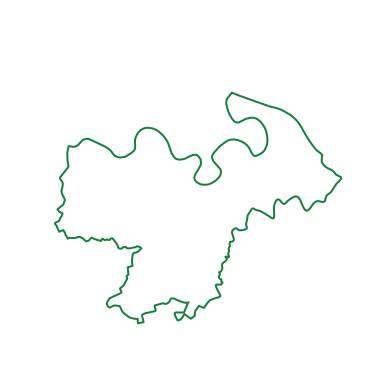 Chau Thanh, Long An, Vietnam (Mercator projection), rotated 327°
{"feature_id": "81297802B81408558281677", "entity_name": "Chau Thanh", "entity_type": "district", "adm_level": 2, "iso_a3": "VNM", "parent_name": "Vietnam", "parent_adm1": "Long An", "projection": "mercator", "projection_center": [106.49, 10.464], "detail": "fine", "context": "isolated", "style": "outline", "palette": "green", "viewbox_px": 384, "rotation_deg": 327, "n_neighbors": 0, "source": "geoboundaries", "source_scale": "gbopen_adm2", "svg_char_len": 6028}
<svg xmlns="http://www.w3.org/2000/svg" viewBox="0 0 384 384"><g transform="rotate(327 192 192)"><path d="M279.5,130.4L272.5,132.8L270.8,134.0L269.2,135.9L267.2,140.8L266.2,144.9L265.6,148.9L265.5,152.7L265.9,155.6L266.4,156.9L267.8,158.4L269.0,159.1L277.4,160.1L281.1,161.4L283.5,162.8L285.6,165.0L286.6,166.6L287.8,170.5L288.1,175.9L288.0,177.5L287.7,179.5L287.3,181.2L286.3,184.1L284.7,187.6L282.5,191.1L280.6,193.2L277.3,195.5L275.4,196.6L272.9,197.2L270.3,197.3L266.7,196.9L264.8,196.3L264.0,195.7L263.5,194.6L263.3,192.8L263.9,185.4L263.5,182.1L261.7,177.7L260.4,175.7L258.6,173.3L255.6,170.6L253.1,169.2L251.1,168.6L248.8,168.3L245.1,168.4L241.3,168.7L237.0,169.6L233.2,170.6L230.9,171.3L228.8,172.5L227.8,173.7L227.0,175.7L226.7,178.0L228.2,188.3L228.0,189.3L227.1,191.1L226.2,192.2L224.4,193.7L221.9,194.6L218.2,195.3L214.6,195.3L211.2,194.9L208.6,194.0L205.4,192.0L203.4,190.2L202.4,188.6L201.2,186.1L201.0,184.3L201.1,182.4L201.9,181.1L202.9,180.0L205.1,178.5L207.9,177.3L213.9,174.2L215.3,172.5L216.8,169.8L217.0,168.8L216.9,165.7L216.4,164.2L215.7,163.1L214.2,162.0L212.9,161.4L210.2,160.9L204.6,160.3L202.7,159.8L199.2,158.1L197.9,156.9L196.8,155.6L196.3,154.7L195.9,151.7L196.1,148.0L198.6,137.9L198.9,134.3L198.6,129.1L197.2,123.7L196.0,120.8L194.0,117.7L192.7,116.3L190.0,114.1L187.7,112.8L185.3,112.3L182.8,112.2L180.0,112.6L177.6,113.6L174.8,115.3L173.1,116.7L171.0,119.6L169.2,122.8L167.6,124.8L165.8,125.8L162.5,126.2L156.4,126.2L154.7,125.9L150.7,124.1L148.8,122.5L147.2,120.0L146.6,118.4L146.4,113.7L146.1,112.2L145.3,109.8L143.6,106.2L136.5,94.7L134.4,91.5L132.3,89.8L130.2,89.1L128.2,89.0L121.7,90.6L118.7,90.3L117.3,89.6L113.5,86.4L108.8,91.1L104.5,98.2L103.2,101.5L102.6,102.7L102.1,103.5L100.7,104.1L89.4,107.9L88.9,108.3L88.6,108.7L88.6,109.5L88.7,113.6L87.5,115.7L85.2,118.0L83.5,119.5L83.0,120.2L82.5,121.4L81.8,123.9L81.4,128.3L81.0,129.5L77.6,132.2L76.2,132.6L69.8,133.3L70.0,136.7L70.9,138.1L71.6,138.6L71.7,139.3L71.4,139.9L70.7,140.5L69.4,141.3L67.6,141.9L66.5,142.5L65.8,143.2L64.5,143.8L62.5,143.6L61.1,143.3L60.6,143.4L60.0,143.8L59.8,145.1L60.0,147.0L59.5,149.2L59.1,153.0L61.3,153.3L63.3,154.0L63.2,156.7L62.7,159.1L62.5,163.4L63.8,163.5L64.9,164.1L67.9,166.4L69.6,167.1L72.2,167.8L73.5,168.6L74.5,170.1L75.3,171.7L76.1,175.3L76.8,175.9L78.2,176.4L79.0,176.4L80.1,176.3L81.8,175.6L82.8,175.7L83.4,176.3L84.3,178.0L88.9,183.4L89.6,183.4L90.6,182.4L91.3,182.3L91.8,182.7L92.4,184.3L92.9,185.1L94.4,185.3L96.6,187.3L97.2,187.3L98.5,186.8L99.3,186.9L99.8,187.3L100.1,188.0L100.3,189.4L100.6,193.4L100.6,195.6L99.9,198.3L99.9,199.1L100.3,199.8L101.7,201.0L102.7,201.0L104.0,200.7L105.0,201.4L106.3,201.9L106.5,202.0L106.8,203.5L107.4,204.2L109.4,205.5L114.1,207.3L114.9,207.6L116.1,207.6L116.9,207.9L118.3,210.0L118.8,211.5L116.2,212.3L114.4,212.6L113.8,212.6L111.9,212.2L110.3,211.5L109.3,211.6L108.4,212.1L107.5,212.9L104.6,216.4L103.7,217.9L101.9,221.5L97.1,220.2L93.7,226.6L91.5,226.9L91.0,227.5L90.6,229.2L90.2,229.6L87.6,230.9L84.5,232.8L82.8,233.3L80.2,233.5L79.2,233.7L78.8,234.5L78.5,237.2L78.1,237.8L75.8,237.9L69.2,236.8L64.8,236.4L62.0,237.6L60.8,238.3L59.7,239.4L59.5,240.0L59.3,241.5L59.6,243.5L59.9,243.9L60.4,244.2L61.0,244.4L62.2,244.4L64.8,244.8L65.9,245.4L69.1,248.2L69.2,249.6L68.5,253.3L68.6,255.3L69.0,257.0L70.0,260.0L71.5,263.4L72.2,264.4L75.0,267.2L76.9,268.4L77.2,268.9L77.2,269.3L75.9,271.1L75.4,272.8L80.4,274.7L81.4,272.8L82.6,268.6L83.4,267.9L84.2,267.8L87.0,268.3L96.1,271.8L96.6,271.7L97.5,270.8L98.2,268.2L98.6,267.1L98.9,267.0L100.1,267.2L106.8,269.4L107.7,270.0L108.6,271.3L109.6,271.8L111.9,272.0L113.1,271.7L115.6,270.2L116.4,270.0L117.8,270.6L118.9,271.7L121.0,275.0L124.5,279.7L126.4,281.5L127.4,282.1L128.6,282.6L119.8,288.6L118.3,287.9L113.0,284.3L111.8,284.1L111.3,284.3L111.1,284.6L110.4,287.2L110.0,291.1L110.0,291.7L110.4,292.1L111.6,292.5L113.2,292.7L114.7,292.3L119.1,290.3L122.1,297.6L126.9,297.3L127.2,296.6L129.8,293.7L131.3,293.0L135.8,291.3L138.8,295.6L145.6,293.1L148.2,292.6L151.9,293.2L157.4,294.9L158.5,295.0L159.2,294.4L159.6,293.1L159.8,289.9L160.4,285.4L161.0,283.3L161.6,283.0L162.4,283.2L166.0,285.5L166.4,285.4L167.1,284.8L168.2,284.7L168.3,284.3L167.9,283.4L167.9,282.8L168.7,282.0L168.9,281.2L168.0,279.6L167.9,278.3L168.7,277.2L169.8,276.9L170.4,276.4L170.7,275.7L170.9,274.3L171.2,274.1L172.1,274.4L173.0,274.5L175.7,272.8L176.1,272.2L177.3,269.7L178.5,268.6L182.4,268.2L184.1,267.7L184.7,266.9L184.7,265.1L184.9,264.6L185.5,264.7L187.0,266.7L187.6,266.6L188.0,266.2L188.1,265.0L188.7,263.6L189.3,262.9L190.8,261.8L191.9,259.4L192.3,259.0L194.3,258.1L195.2,256.1L196.2,254.9L197.1,254.7L198.4,255.4L199.8,255.5L201.0,255.1L201.2,254.9L201.9,253.0L203.2,248.3L203.4,247.7L204.6,246.6L205.3,246.2L206.6,246.0L208.6,246.0L209.4,246.6L209.8,247.4L210.3,249.1L210.7,249.8L211.3,250.3L214.6,251.9L216.5,252.5L217.4,252.5L218.2,252.3L218.6,251.7L219.8,248.4L223.8,244.5L224.9,243.1L226.2,241.8L233.2,238.7L233.9,238.8L234.4,239.1L235.4,241.2L238.8,245.1L240.2,247.4L242.8,252.9L244.6,257.2L245.7,258.3L246.1,258.3L246.4,258.2L247.3,257.5L248.0,256.7L250.8,252.0L253.0,248.9L254.1,247.7L256.4,245.9L258.6,244.8L259.9,245.0L260.8,245.8L261.2,246.7L261.8,251.0L262.4,251.9L262.8,252.2L263.7,252.4L264.6,252.3L267.6,251.6L271.2,251.3L275.4,251.6L276.7,252.3L277.9,253.4L278.4,254.7L278.5,256.9L278.3,258.3L277.1,265.2L277.0,267.7L277.1,268.6L277.4,269.4L277.7,269.9L278.4,270.3L280.3,270.4L281.9,270.1L287.0,268.0L288.0,267.7L291.4,267.6L292.0,267.8L293.1,268.5L295.9,271.4L297.2,272.0L298.5,272.0L299.5,271.3L301.6,269.1L303.0,268.3L304.3,268.1L308.8,267.7L317.5,263.8L321.9,262.9L324.3,262.1L324.9,261.3L324.8,260.3L322.3,255.9L322.0,252.4L321.3,250.0L319.8,247.7L318.1,244.6L317.4,242.3L317.0,240.4L317.2,237.5L318.8,234.9L320.1,233.1L321.3,232.4L321.4,231.4L320.8,229.2L320.0,227.1L319.0,223.9L318.5,217.6L318.3,211.5L318.5,204.7L319.0,197.9L319.1,193.9L318.9,190.7L318.4,187.4L316.6,181.1L312.5,173.1L311.1,170.9L308.3,167.3L305.0,163.9L302.0,160.3L284.6,137.6L279.5,130.4Z" fill="none" stroke="#15803d" stroke-width="2"/></g></svg>